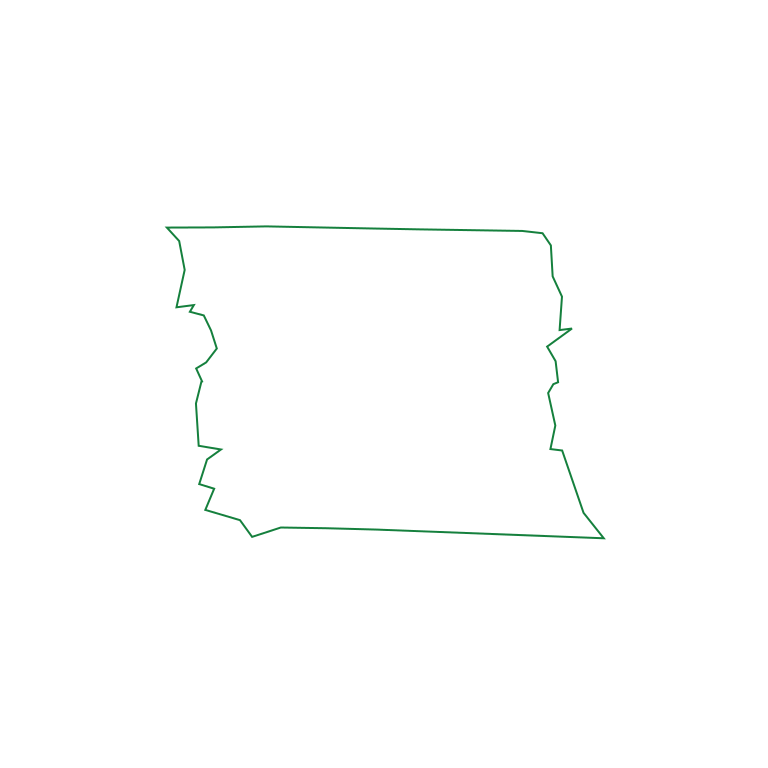 the district of Spotsylvania, Virginia, United States of America, rotated 231°
{"feature_id": "52423323B87886421112437", "entity_name": "Spotsylvania", "entity_type": "district", "adm_level": 2, "iso_a3": "USA", "parent_name": "United States of America", "parent_adm1": "Virginia", "projection": "albers", "projection_center": [-77.631, 38.184], "detail": "fine", "context": "isolated", "style": "outline", "palette": "green", "viewbox_px": 768, "rotation_deg": 231, "n_neighbors": 0, "source": "geoboundaries", "source_scale": "gbopen_adm2", "svg_char_len": 742}
<svg xmlns="http://www.w3.org/2000/svg" viewBox="0 0 768 768"><g transform="rotate(231 384 384)"><path d="M500.6,243.4L487.2,225.6L452.6,201.1L435.7,216.1L436.7,199.0L422.5,177.4L409.5,186.1L398.6,165.9L368.8,186.4L348.2,185.3L337.4,213.5L308.3,248.3L274.7,287.6L271.6,291.1L125.8,457.7L158.3,458.0L220.2,480.6L228.7,472.4L243.9,491.0L273.7,505.9L277.3,515.5L275.8,520.4L293.7,531.7L310.4,534.3L308.8,565.0L315.4,554.4L339.9,577.3L361.5,582.8L386.7,600.9L401.4,602.1L415.9,587.8L482.0,508.7L511.6,473.5L580.5,391.8L613.2,349.8L642.2,313.7L624.0,314.8L598.1,300.9L574.2,271.0L565.0,285.9L562.3,278.6L550.7,287.1L534.5,283.3L516.8,276.4L512.7,259.4L514.3,247.8L500.4,244.2L500.6,243.4Z" fill="none" stroke="#15803d" stroke-width="2"/></g></svg>